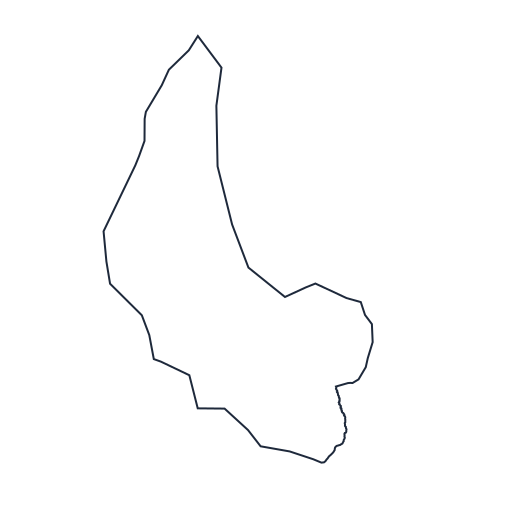 the district of Zu'unbayan-Ulaan, Övörhangay, Mongolia, rotated 209°
{"feature_id": "93677404B28761750991664", "entity_name": "Zu'unbayan-Ulaan", "entity_type": "district", "adm_level": 2, "iso_a3": "MNG", "parent_name": "Mongolia", "parent_adm1": "Övörhangay", "projection": "orthographic", "projection_center": [102.472, 46.426], "detail": "fine", "context": "isolated", "style": "outline", "palette": "slate", "viewbox_px": 512, "rotation_deg": 209, "n_neighbors": 0, "source": "geoboundaries", "source_scale": "gbopen_adm2", "svg_char_len": 2681}
<svg xmlns="http://www.w3.org/2000/svg" viewBox="0 0 512 512"><g transform="rotate(209 256 256)"><path d="M98.6,107.0L96.5,108.5L95.8,110.2L95.6,112.4L95.3,113.3L95.2,113.8L95.2,114.4L95.1,115.4L94.9,116.6L94.4,117.7L93.5,120.7L93.3,121.7L93.2,122.3L93.2,123.1L93.1,124.3L93.6,125.5L94.0,126.9L93.8,127.8L93.6,128.5L93.4,129.0L93.0,129.4L92.5,129.8L92.2,130.2L91.8,130.6L91.4,131.0L90.8,131.5L90.5,132.1L90.4,132.5L90.0,133.0L89.7,133.5L89.5,133.9L89.5,134.4L89.6,134.8L89.6,135.1L89.6,135.7L89.6,136.1L89.5,136.4L89.6,136.6L89.8,137.0L90.0,137.4L90.1,137.8L90.1,138.3L90.0,138.9L90.1,139.6L90.2,140.0L90.5,140.5L90.8,140.6L91.0,140.9L91.2,141.1L91.3,141.4L91.4,141.7L91.5,142.0L91.9,142.5L92.0,142.8L92.4,143.2L92.5,143.6L92.5,144.3L91.9,144.8L91.8,145.3L91.8,145.8L92.0,146.4L92.2,146.7L92.5,147.2L92.7,148.0L92.9,148.4L93.6,148.8L94.0,149.2L94.3,149.7L94.7,150.2L95.5,150.3L95.9,150.7L96.3,151.4L96.6,152.1L97.2,152.6L97.4,153.0L97.4,153.4L97.3,153.9L97.6,154.4L97.9,155.0L98.2,155.4L98.4,156.0L98.8,156.4L99.1,156.8L99.3,157.1L99.5,157.8L100.0,158.5L100.7,159.0L101.1,159.0L101.4,159.0L101.7,159.2L101.7,159.8L101.9,160.2L102.5,160.5L102.8,160.5L103.1,160.5L103.3,160.8L103.5,161.0L104.0,161.0L104.8,161.0L105.1,161.2L105.4,161.5L105.5,161.9L105.7,162.2L105.9,162.2L106.2,162.2L106.4,162.5L106.5,162.8L106.7,163.0L107.0,163.1L107.0,163.4L107.1,163.7L107.3,164.0L107.6,164.2L108.0,164.1L108.4,164.1L108.5,164.3L108.7,164.5L108.8,164.7L108.6,165.0L108.9,165.7L109.1,166.0L109.6,166.0L109.9,166.2L110.4,166.5L111.0,166.5L111.4,166.6L111.5,166.8L111.5,167.5L111.7,167.8L112.0,167.9L112.3,167.9L112.6,168.0L112.6,168.3L112.7,168.9L112.6,169.3L112.5,169.7L112.6,169.9L113.0,170.0L113.2,170.6L113.3,171.1L113.5,171.4L113.7,171.5L113.9,171.7L113.9,172.1L114.0,172.2L114.3,172.3L114.7,172.3L114.9,172.6L115.3,172.9L115.6,173.6L116.0,173.9L116.4,174.0L116.8,174.1L116.9,174.3L117.2,174.7L118.2,176.0L118.4,176.2L119.0,176.1L119.3,176.3L119.2,176.6L119.3,177.0L119.5,177.4L119.9,177.7L120.5,177.9L120.8,178.1L121.2,178.3L121.7,178.6L121.8,179.0L121.8,179.6L122.1,180.0L122.8,180.6L116.6,186.8L115.0,188.4L114.0,189.4L112.1,190.7L110.0,191.7L106.5,197.8L106.1,212.0L108.7,220.8L112.2,237.2L121.6,252.6L132.1,257.3L142.0,266.5L156.4,263.1L190.7,260.7L197.2,252.7L210.8,234.2L257.0,242.2L292.2,272.0L333.1,315.8L363.5,368.2L377.5,404.0L413.5,420.2L414.5,403.3L422.5,376.7L421.2,359.7L422.2,328.7L419.9,322.0L409.3,302.6L406.7,286.6L405.5,276.7L403.9,249.1L401.3,203.7L384.2,178.7L370.2,161.0L327.1,148.8L311.0,135.1L295.4,116.3L288.0,117.5L256.5,119.4L233.1,94.5L209.5,107.3L178.6,99.9L159.7,91.8L131.8,101.4L107.4,106.0L98.6,107.0Z" fill="none" stroke="#1e293b" stroke-width="2"/></g></svg>